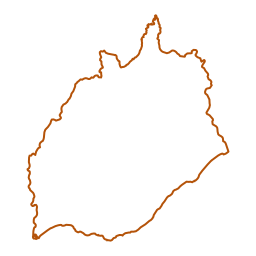 the district of Iliomar, Lautém, East Timor
{"feature_id": "22284137B19934279863207", "entity_name": "Iliomar", "entity_type": "district", "adm_level": 2, "iso_a3": "TLS", "parent_name": "East Timor", "parent_adm1": "Lautém", "projection": "equal_earth", "projection_center": [126.838, -8.666], "detail": "fine", "context": "isolated", "style": "outline", "palette": "amber", "viewbox_px": 256, "rotation_deg": 0, "n_neighbors": 0, "source": "geoboundaries", "source_scale": "gbopen_adm2", "svg_char_len": 5691}
<svg xmlns="http://www.w3.org/2000/svg" viewBox="0 0 256 256"><path d="M29.6,155.7L29.1,157.3L28.9,161.4L28.9,162.3L29.6,164.7L29.7,166.2L29.0,168.2L27.6,169.2L27.6,169.7L28.0,170.4L29.6,171.4L29.8,172.0L29.8,173.9L29.1,175.2L28.7,177.5L29.0,178.7L29.9,180.2L30.2,181.4L30.4,182.8L30.1,184.0L28.8,185.8L28.6,186.7L28.9,187.8L29.6,188.4L30.2,190.1L33.1,192.8L33.7,193.9L34.4,196.2L34.3,197.0L33.4,198.7L33.3,200.6L32.8,202.0L31.3,204.0L31.3,204.7L32.0,205.6L32.5,206.0L33.0,206.0L34.1,205.6L34.4,205.0L36.0,204.9L36.6,205.6L37.0,206.9L36.6,210.0L37.1,212.6L37.1,213.9L36.9,215.0L36.1,216.4L34.2,218.1L33.8,219.6L33.7,221.7L33.8,222.7L35.2,224.0L35.8,225.1L35.6,226.6L35.3,227.0L34.6,227.3L34.0,228.2L33.4,231.1L33.2,234.9L35.1,234.5L35.8,234.7L36.3,235.4L36.9,236.6L38.6,238.1L38.8,238.1L39.8,236.3L40.7,235.4L47.7,230.2L50.7,228.2L51.3,228.1L55.5,226.1L58.2,225.3L60.4,224.9L61.4,225.0L62.0,225.6L63.0,225.8L64.6,225.5L66.2,224.8L70.2,225.1L71.5,225.4L73.2,226.7L73.6,227.8L74.2,228.7L75.1,229.5L75.4,230.7L76.6,231.6L77.8,232.2L78.3,232.3L79.7,231.7L80.7,231.7L83.4,233.2L84.7,234.5L86.2,235.2L87.5,235.4L89.0,235.2L91.4,233.9L93.8,233.5L95.0,233.6L95.7,234.4L97.6,235.3L98.3,235.0L98.7,235.5L100.9,235.8L101.6,235.6L102.5,235.8L103.0,236.4L103.9,238.2L104.5,238.9L105.6,239.5L106.7,239.7L107.1,240.3L107.6,240.1L110.7,240.6L112.0,240.0L113.6,238.1L115.6,237.5L115.9,237.2L116.2,236.3L117.1,235.8L119.5,235.0L120.4,235.0L121.7,235.1L122.6,235.5L123.4,234.5L125.3,233.2L129.0,232.5L130.1,232.6L131.1,231.7L133.8,231.7L134.3,231.5L135.8,231.3L138.3,229.6L140.7,227.3L145.4,224.3L149.5,220.8L150.7,220.2L152.5,218.4L152.8,217.5L153.3,217.0L153.8,215.0L157.0,210.0L157.7,209.4L159.7,208.4L161.5,205.8L162.5,203.8L164.5,201.4L167.0,197.5L168.5,196.1L169.6,195.8L171.3,194.5L172.1,193.7L173.2,191.3L173.6,190.8L174.9,189.9L175.8,189.7L178.3,188.4L180.2,186.3L182.0,184.8L186.5,181.7L188.9,181.9L190.3,181.7L192.2,182.2L193.6,181.3L194.5,181.2L194.6,180.7L195.8,180.3L197.4,178.8L198.4,177.4L199.3,174.7L202.3,170.7L207.6,164.5L210.9,161.0L211.6,160.5L211.7,160.3L218.2,155.5L220.5,154.2L222.2,153.6L223.1,153.9L223.6,154.4L224.7,154.1L226.0,153.5L228.3,151.8L228.4,151.5L225.9,144.0L225.4,142.9L224.7,142.0L223.2,141.2L222.9,138.4L222.5,137.4L221.2,136.3L219.2,135.2L218.3,134.4L217.6,131.7L217.4,129.0L217.1,127.5L216.1,126.3L212.9,124.4L212.6,124.0L212.3,121.4L213.0,120.1L212.8,119.0L209.7,115.4L208.3,114.5L207.3,114.2L206.7,113.5L206.5,112.5L209.3,107.7L209.9,105.1L209.6,103.3L209.4,99.5L207.3,95.1L205.5,93.6L205.1,92.8L205.1,91.6L205.8,89.6L206.3,89.0L207.2,88.5L209.7,88.0L210.1,87.7L211.7,85.2L211.1,84.3L211.0,83.6L211.4,82.1L211.2,81.4L210.4,80.3L208.6,79.2L207.7,76.8L207.6,76.4L208.2,75.0L207.9,73.6L205.4,70.7L204.1,68.2L202.2,67.1L202.0,66.5L202.1,65.9L202.8,64.6L204.7,61.7L204.8,61.0L204.6,60.5L204.3,60.1L203.9,60.1L201.6,61.6L201.3,61.4L200.3,58.3L197.5,57.2L195.8,55.7L195.6,55.2L195.6,54.6L196.3,53.7L197.0,51.9L197.0,51.4L196.4,50.4L195.7,50.0L193.5,49.9L191.8,51.2L191.7,53.0L191.0,53.3L187.6,53.4L187.2,53.5L185.1,55.2L184.9,56.5L184.5,56.7L180.1,56.1L178.9,54.5L177.4,53.6L176.2,52.1L175.0,51.2L173.7,50.6L172.2,50.5L169.2,52.5L166.9,53.2L162.9,51.9L161.6,51.1L160.1,49.3L159.5,47.6L159.4,45.6L158.7,42.7L159.0,40.3L158.8,39.9L157.4,38.7L157.4,38.3L158.2,37.1L158.1,35.8L158.2,34.6L158.9,33.6L159.2,33.7L159.8,33.4L160.4,32.6L160.5,31.2L160.1,30.1L160.6,28.6L160.6,28.0L160.3,27.6L159.7,27.4L159.5,26.7L159.7,25.4L159.6,24.8L158.7,23.5L158.6,22.3L157.9,20.7L158.0,19.2L157.7,18.6L157.4,18.6L156.9,17.8L156.2,15.6L155.5,15.4L155.0,15.9L155.4,17.7L155.8,18.4L155.5,19.0L154.9,19.7L154.1,18.7L153.7,19.1L152.9,21.2L153.0,21.8L154.0,23.0L154.2,23.6L154.0,24.2L152.0,24.6L151.8,24.0L151.5,23.7L150.4,24.2L150.1,24.5L148.6,24.2L148.3,25.0L147.6,25.1L147.4,25.5L147.5,26.0L148.3,26.4L148.2,27.4L147.5,27.7L146.0,28.8L146.1,29.4L146.5,29.9L146.7,30.5L146.3,31.4L146.3,32.2L146.5,32.7L145.8,34.0L145.1,33.9L144.2,34.3L143.7,35.1L143.8,35.5L143.2,36.5L143.4,37.1L142.5,37.3L141.7,38.5L141.4,39.5L141.6,40.1L141.9,40.1L141.8,41.2L142.1,43.1L141.8,44.3L142.0,44.9L141.9,46.2L140.9,49.2L139.9,50.7L139.5,52.5L138.8,54.1L138.2,55.0L135.9,57.3L134.8,57.6L133.6,59.2L133.0,58.9L132.6,58.9L131.7,60.4L130.0,61.7L129.0,63.1L127.5,64.6L126.5,64.8L125.9,65.8L123.8,66.9L122.5,67.0L121.3,67.4L120.8,67.3L120.1,66.0L119.5,63.9L119.5,61.7L119.3,61.2L118.4,60.9L116.9,58.7L116.7,58.0L116.6,56.4L116.3,55.7L115.4,55.0L114.7,55.1L114.4,54.9L108.1,53.7L105.9,52.8L104.3,50.7L104.0,50.7L102.8,51.6L101.0,51.2L99.9,52.1L99.8,52.9L100.0,54.1L101.2,57.1L101.1,57.6L100.3,58.6L100.1,60.1L101.4,61.5L101.5,64.4L102.8,67.1L102.8,67.6L100.8,68.8L99.5,70.9L99.5,71.8L100.1,72.3L100.7,72.2L101.1,72.4L101.3,75.3L101.5,75.9L101.1,77.4L98.9,77.3L98.2,76.6L97.8,75.6L97.0,75.4L95.5,75.6L94.6,76.1L93.4,77.6L92.9,77.7L91.5,77.4L90.4,78.5L89.5,79.0L88.5,79.0L86.7,78.3L85.3,78.2L83.6,78.8L82.2,79.7L80.8,79.4L80.3,79.6L78.3,81.5L77.6,81.8L76.5,83.3L75.5,84.0L75.2,84.6L75.1,86.6L73.3,91.2L71.5,93.6L70.8,96.3L69.5,98.7L68.7,99.3L67.1,102.1L66.7,102.3L65.6,103.5L63.4,104.6L61.7,107.1L61.4,108.9L61.8,111.9L61.6,112.3L60.8,113.1L59.7,115.1L59.9,115.8L60.9,117.6L60.8,118.3L59.7,119.4L56.0,120.6L54.9,119.9L53.3,119.4L51.8,119.6L51.1,120.9L50.4,123.4L48.0,126.9L45.5,129.5L45.2,130.0L44.4,132.2L43.9,137.6L43.5,139.4L42.8,140.9L42.0,141.3L40.5,142.6L40.0,143.3L39.7,144.3L39.6,145.5L40.0,147.2L39.7,147.5L38.6,147.9L37.6,149.1L36.1,151.7L35.3,154.8L34.7,154.6L33.5,153.7L33.2,153.6L31.9,154.4L31.3,155.5L29.6,155.7ZM34.7,235.5L33.7,236.6L33.0,236.9L33.1,237.8L33.7,238.5L34.8,238.5L36.1,239.0L36.8,238.7L36.7,237.9L36.0,236.9L35.8,236.1L35.4,235.6L34.7,235.5Z" fill="none" stroke="#b45309" stroke-width="2"/></svg>